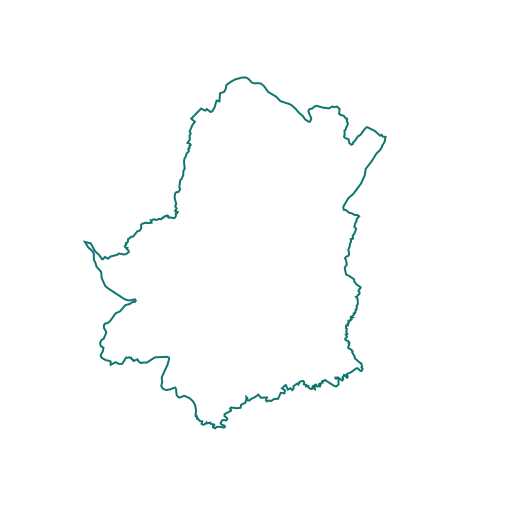 Bang Khan, Nakhon Si Thammarat, Thailand (orthographic projection), rotated 33°
{"feature_id": "78962969B90673540736584", "entity_name": "Bang Khan", "entity_type": "district", "adm_level": 2, "iso_a3": "THA", "parent_name": "Thailand", "parent_adm1": "Nakhon Si Thammarat", "projection": "orthographic", "projection_center": [99.513, 8.009], "detail": "fine", "context": "isolated", "style": "outline", "palette": "teal", "viewbox_px": 512, "rotation_deg": 33, "n_neighbors": 0, "source": "geoboundaries", "source_scale": "gbopen_adm2", "svg_char_len": 6135}
<svg xmlns="http://www.w3.org/2000/svg" viewBox="0 0 512 512"><g transform="rotate(33 256 256)"><path d="M402.6,288.7L401.8,289.0L394.4,287.9L393.8,286.9L388.9,284.2L389.0,283.5L388.4,283.0L386.4,282.7L383.6,283.0L382.6,281.5L382.7,279.8L381.6,279.1L381.7,278.2L381.1,278.4L380.9,277.7L379.4,277.0L378.3,277.6L376.3,277.5L375.9,276.8L376.3,274.2L374.0,273.0L375.0,271.5L372.9,270.3L371.8,267.5L370.6,267.4L369.5,265.4L370.6,264.4L370.0,264.1L369.7,263.0L370.5,262.9L370.0,260.8L369.2,260.4L369.8,260.0L369.4,259.1L370.1,258.9L370.7,257.2L370.3,256.5L369.8,256.8L369.5,256.4L370.1,255.5L369.1,256.0L368.7,255.6L369.7,253.6L370.1,250.9L369.3,250.7L370.0,249.3L369.6,249.1L369.4,246.6L368.8,246.5L369.1,245.3L368.1,243.3L367.5,243.0L367.6,240.8L364.7,236.8L362.7,236.0L363.2,235.8L362.7,233.9L363.4,231.6L362.6,230.0L361.4,229.8L360.8,229.0L360.7,227.3L361.2,226.7L360.7,225.2L356.2,225.2L352.3,223.8L350.8,222.1L344.3,222.0L341.7,222.5L337.1,218.0L336.7,216.2L336.9,213.8L333.7,210.4L331.8,209.5L332.0,207.5L333.4,205.5L333.3,204.5L332.5,202.9L330.0,200.4L329.2,196.3L328.1,194.8L328.0,192.3L326.3,190.1L327.8,188.9L327.7,188.3L326.0,186.3L326.3,183.7L325.2,178.6L322.7,178.0L321.5,175.2L321.3,172.0L320.6,171.1L320.4,169.8L320.9,166.5L318.5,166.5L316.2,167.9L313.0,168.1L310.5,169.0L306.2,168.5L304.4,169.4L302.7,167.7L302.2,164.9L302.0,157.0L303.8,150.9L304.6,137.9L303.2,128.8L300.6,123.4L301.4,113.3L301.2,104.2L302.3,100.1L302.3,96.3L301.8,94.8L301.7,90.3L299.7,85.6L297.4,86.8L295.4,86.0L294.6,87.5L287.4,86.4L279.0,87.4L278.1,89.4L277.6,97.6L276.3,100.3L276.2,106.4L275.6,107.5L276.2,109.6L275.3,110.8L272.7,110.4L270.1,107.7L266.6,108.4L265.0,108.1L264.5,107.4L264.6,106.5L261.9,102.6L262.4,101.2L261.7,99.6L261.7,97.5L260.8,94.6L258.9,93.8L257.6,91.2L256.3,91.7L253.5,90.7L250.9,91.2L250.4,91.7L248.2,91.5L246.0,87.1L242.5,86.6L240.5,88.6L238.8,88.9L236.6,92.7L233.6,93.8L232.8,94.6L224.7,97.2L223.5,99.1L222.9,101.7L220.9,103.6L220.8,105.2L221.5,106.4L227.5,110.6L228.2,113.7L227.1,114.7L222.7,114.7L219.1,113.1L214.0,112.5L208.7,110.9L204.0,110.2L201.5,110.3L192.2,112.8L186.2,111.4L177.1,111.8L170.2,109.2L166.4,108.7L163.9,109.7L160.8,112.0L158.4,112.8L152.7,111.5L150.2,111.8L146.9,114.1L142.3,119.3L139.8,124.0L138.0,128.8L139.5,131.9L139.9,135.7L137.2,139.1L141.1,146.3L138.3,147.1L140.3,154.0L140.6,158.4L139.4,160.0L134.7,159.6L134.5,161.3L133.8,161.9L129.7,162.2L126.9,176.1L131.6,176.7L131.3,180.7L132.6,187.9L134.5,188.8L134.7,191.4L137.1,194.3L136.9,198.4L139.7,197.9L140.8,198.5L140.3,200.4L141.5,201.5L140.8,203.2L142.2,204.1L142.6,205.0L142.0,207.8L143.0,211.3L142.8,212.8L144.2,216.1L148.7,221.6L148.8,224.3L150.9,227.7L151.6,231.7L151.2,233.7L154.1,240.0L156.0,241.2L156.1,244.5L154.4,245.9L154.2,248.1L156.2,251.7L160.8,255.9L161.0,258.2L163.5,259.3L163.5,262.2L166.3,261.6L166.6,262.8L165.6,263.2L165.5,264.2L166.9,265.6L167.2,268.0L165.8,269.4L164.1,269.8L161.9,271.4L161.2,271.3L161.0,270.4L159.5,270.3L158.9,271.6L157.7,272.3L157.6,274.2L156.6,274.8L156.5,276.8L154.3,277.8L153.1,279.9L150.1,280.9L149.4,282.8L148.3,283.3L150.3,285.0L146.8,287.7L145.6,287.9L142.9,291.1L142.7,292.7L144.4,294.8L144.8,297.8L143.0,300.0L142.4,306.5L140.7,308.1L140.3,310.2L139.5,311.2L140.8,314.1L140.7,315.1L139.9,315.7L140.1,316.5L140.9,317.0L140.7,319.5L142.2,320.0L143.8,319.3L144.0,320.5L146.2,320.9L147.2,322.1L145.9,325.3L144.2,326.8L139.6,328.6L138.9,330.7L134.4,335.5L133.2,338.9L129.8,339.1L129.4,341.9L128.6,342.5L123.3,340.4L118.7,339.8L110.5,335.4L104.8,337.4L110.8,340.2L115.8,340.9L118.8,342.5L122.1,347.5L124.8,349.0L128.1,351.8L134.9,353.7L138.5,358.5L145.8,363.2L149.2,363.7L169.2,363.8L172.2,363.1L174.4,361.9L178.0,358.3L179.5,358.9L179.6,360.2L177.7,361.6L176.2,365.0L173.2,368.4L172.1,376.6L169.5,380.4L169.1,389.9L168.2,392.9L166.2,394.9L166.2,397.0L167.7,399.2L171.5,401.1L172.3,402.2L173.3,408.4L172.3,410.3L172.3,412.2L173.1,414.6L175.1,416.1L178.0,416.0L179.4,419.2L179.7,423.6L180.9,425.0L182.3,425.4L186.5,425.2L191.0,423.6L191.6,423.7L193.4,426.4L196.2,421.4L199.6,421.3L202.5,419.3L202.4,411.8L203.4,411.6L204.7,410.1L206.0,410.0L206.6,409.3L207.2,410.0L209.4,410.0L209.9,410.7L210.5,410.7L212.8,407.3L215.1,408.4L218.0,408.4L219.5,406.7L222.5,404.9L226.4,396.1L236.0,389.2L238.1,388.6L239.1,389.5L241.0,395.3L243.0,409.1L246.0,412.7L247.3,416.5L248.7,417.5L251.1,418.0L253.8,417.2L256.2,415.1L259.8,410.4L261.3,411.0L265.2,415.9L268.1,416.6L269.3,416.2L271.8,412.4L277.5,411.4L282.4,412.2L286.0,414.1L289.9,418.2L291.7,422.1L293.5,422.4L293.9,422.8L293.4,423.3L294.9,423.7L295.2,424.6L296.6,424.2L298.4,425.0L300.9,424.0L301.7,426.4L303.5,426.4L304.3,425.6L304.9,423.8L305.4,423.7L305.3,422.6L306.0,423.0L308.4,420.7L309.0,421.4L312.8,420.2L313.1,421.4L312.5,421.9L313.0,422.7L313.9,423.1L315.7,422.7L315.9,420.8L319.3,418.6L322.4,417.5L323.0,416.7L322.4,415.5L318.4,416.1L317.2,415.3L317.1,412.2L318.3,411.1L320.4,410.3L320.8,408.5L320.0,407.8L316.6,407.3L315.8,405.7L319.3,399.3L319.1,398.8L317.5,398.3L317.5,396.7L323.0,394.0L325.7,391.7L324.6,388.7L327.0,385.0L325.9,381.1L324.7,379.5L326.1,379.8L327.4,381.7L329.3,380.7L329.6,378.8L331.7,375.4L333.5,371.0L337.3,372.2L342.2,368.7L342.8,371.5L344.2,372.1L345.8,370.0L347.6,369.6L349.0,366.1L352.3,363.7L351.3,357.2L354.6,355.7L353.4,352.9L349.9,352.9L351.0,348.2L351.6,348.2L355.5,350.7L356.8,348.2L359.5,348.7L359.7,346.5L358.3,344.8L359.8,341.0L361.3,340.8L360.6,340.0L361.5,339.2L361.1,337.9L362.7,335.8L363.6,335.1L364.9,335.4L366.1,337.6L368.2,336.7L368.9,338.1L370.5,336.6L371.3,337.6L374.3,337.7L375.2,336.9L374.8,334.9L376.4,335.6L377.9,335.6L376.4,333.7L375.2,333.3L376.0,331.3L376.6,331.2L377.2,332.5L380.7,330.6L380.3,328.9L379.3,330.1L378.6,328.8L380.0,327.3L380.0,326.3L380.8,325.9L379.8,324.7L380.9,323.9L381.3,322.4L392.0,322.4L394.3,321.8L395.2,318.9L392.9,315.2L392.7,313.9L392.1,313.8L389.4,315.4L388.8,314.8L391.0,313.2L396.2,313.4L396.2,311.7L394.6,310.5L395.1,309.0L394.5,307.9L395.7,307.4L397.9,308.5L398.8,308.4L398.5,307.0L396.8,306.1L396.6,305.3L398.9,302.0L401.4,295.4L402.4,294.8L406.1,295.5L407.2,294.9L406.7,292.3L405.2,292.1L405.1,290.9L402.6,288.7Z" fill="none" stroke="#0f766e" stroke-width="2"/></g></svg>